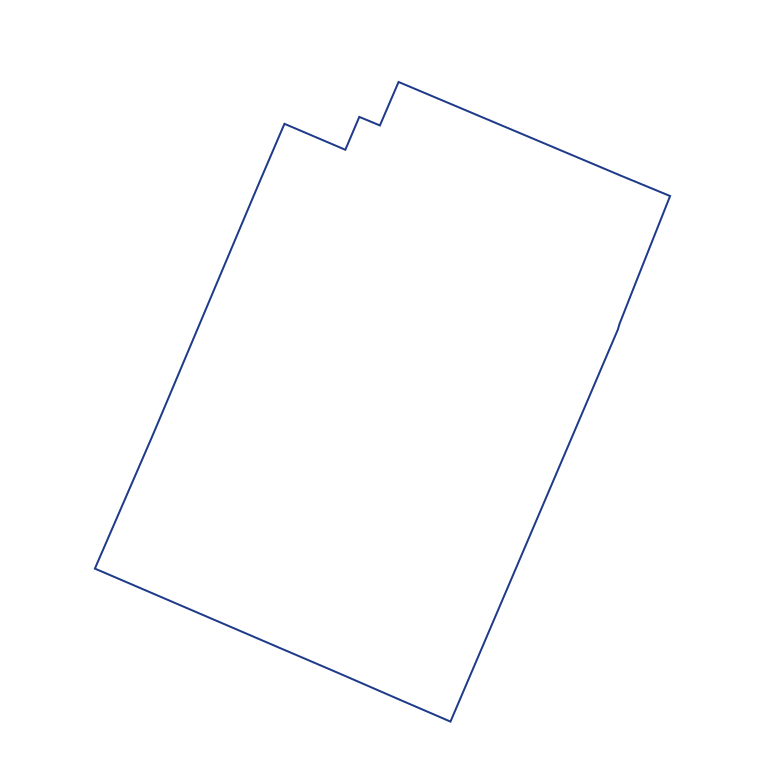 the district of Clinton, Indiana, United States of America, rotated 293°
{"feature_id": "52423323B28494216469443", "entity_name": "Clinton", "entity_type": "district", "adm_level": 2, "iso_a3": "USA", "parent_name": "United States of America", "parent_adm1": "Indiana", "projection": "robinson", "projection_center": [-86.427, 40.305], "detail": "fine", "context": "isolated", "style": "outline", "palette": "blue", "viewbox_px": 768, "rotation_deg": 293, "n_neighbors": 0, "source": "geoboundaries", "source_scale": "gbopen_adm2", "svg_char_len": 404}
<svg xmlns="http://www.w3.org/2000/svg" viewBox="0 0 768 768"><g transform="rotate(293 384 384)"><path d="M668.3,520.4L667.7,279.4L620.4,279.2L620.2,256.9L584.5,256.9L584.6,190.7L524.9,190.5L501.1,190.5L265.7,191.1L243.8,191.1L101.1,190.0L100.3,390.0L100.1,455.6L99.5,522.6L99.2,577.1L525.5,578.0L531.3,577.3L573.1,576.2L668.8,573.9L668.3,520.4Z" fill="none" stroke="#1e3a8a" stroke-width="2"/></g></svg>